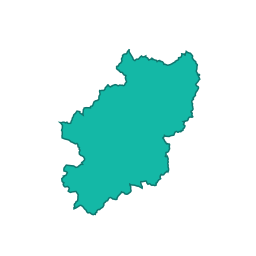 the district of Cho Don, Bắc Kạn, Vietnam, rotated 216°
{"feature_id": "81297802B41242908240864", "entity_name": "Cho Don", "entity_type": "district", "adm_level": 2, "iso_a3": "VNM", "parent_name": "Vietnam", "parent_adm1": "Bắc Kạn", "projection": "orthographic", "projection_center": [105.544, 22.187], "detail": "fine", "context": "isolated", "style": "filled", "palette": "teal", "viewbox_px": 256, "rotation_deg": 216, "n_neighbors": 0, "source": "geoboundaries", "source_scale": "gbopen_adm2", "svg_char_len": 5815}
<svg xmlns="http://www.w3.org/2000/svg" viewBox="0 0 256 256"><g transform="rotate(216 128 128)"><path d="M124.2,30.9L123.1,32.8L121.4,37.1L120.7,37.8L118.4,37.9L115.5,37.0L113.3,36.8L112.2,36.0L110.5,35.8L109.2,37.1L106.9,37.0L105.3,37.4L104.9,37.8L104.7,38.5L103.7,38.9L104.4,40.5L103.7,41.3L104.4,42.4L104.4,43.3L104.1,44.6L103.0,45.3L102.8,46.8L101.9,49.0L102.1,51.1L102.4,51.8L103.1,52.1L103.2,53.0L102.8,54.6L102.7,56.0L101.8,57.2L102.2,59.6L102.1,60.5L101.3,61.5L100.2,61.7L98.5,61.6L97.3,62.4L96.7,62.5L96.1,62.8L95.2,63.6L95.1,64.0L95.7,64.9L96.0,67.0L95.4,71.2L95.7,72.5L94.5,72.7L93.6,73.3L91.6,72.9L89.9,73.8L89.3,74.7L88.5,77.4L88.4,78.3L88.8,79.2L90.0,80.2L91.2,82.0L93.0,83.0L93.5,83.6L92.0,83.8L89.1,85.6L86.4,86.4L85.4,87.1L81.2,87.6L81.9,88.8L83.9,89.8L85.8,91.5L86.1,92.0L86.0,92.4L85.0,92.8L82.4,95.6L81.9,95.7L80.1,94.5L78.8,94.2L78.3,95.0L77.8,95.6L77.4,95.7L76.4,95.5L75.0,95.7L74.0,96.7L72.6,97.1L71.7,98.1L72.3,99.3L72.9,99.8L72.4,100.9L72.6,101.8L72.6,102.7L72.7,104.1L72.3,104.7L71.8,106.2L73.3,107.1L73.3,107.6L73.8,108.4L73.9,110.0L73.0,109.9L71.7,111.1L71.7,113.2L71.2,114.5L71.3,115.5L71.0,115.9L70.6,116.1L69.9,115.9L70.2,117.2L70.8,118.4L71.5,119.2L72.7,120.0L73.8,121.7L74.9,122.5L75.3,123.2L75.4,124.1L76.6,125.0L77.3,126.6L79.7,128.3L80.3,127.1L81.2,127.1L81.3,128.6L82.0,129.3L82.8,130.5L81.7,131.9L81.6,133.5L81.9,134.1L82.1,135.6L83.6,137.1L84.6,139.0L85.1,139.3L86.1,138.6L86.7,138.7L87.4,137.9L88.1,138.1L89.2,138.7L90.3,138.7L90.9,139.2L92.7,140.1L93.5,140.1L94.0,140.5L93.7,142.0L93.8,142.9L94.1,143.4L92.8,143.4L89.7,145.3L88.9,146.9L86.8,149.1L86.8,149.5L87.2,150.8L87.5,152.1L87.0,153.5L86.8,153.7L85.3,153.8L84.8,154.2L84.6,155.0L83.9,155.7L83.4,155.8L83.1,156.0L83.0,156.7L83.4,157.2L82.7,157.6L82.3,158.2L82.2,158.6L82.9,159.6L82.8,160.5L82.5,161.1L83.0,162.9L83.3,163.3L83.8,163.4L84.7,163.3L85.1,163.4L85.8,165.6L86.9,165.7L86.4,166.1L86.3,166.6L85.7,167.1L85.2,168.0L84.6,168.4L84.3,169.1L84.3,170.0L84.8,171.1L84.8,172.6L84.2,173.4L82.5,174.4L82.2,175.0L82.3,175.3L83.9,175.9L84.8,177.8L85.8,177.8L86.4,178.0L86.8,179.0L86.3,179.9L86.4,180.2L86.4,181.2L87.0,182.1L87.8,182.7L88.3,183.4L89.0,183.8L89.6,184.6L89.8,184.8L89.9,185.5L90.7,185.8L91.8,186.6L92.4,187.9L91.9,189.6L92.1,190.0L92.8,190.2L93.0,190.7L92.6,194.0L93.2,194.5L93.8,195.9L94.1,197.8L93.9,198.7L94.4,201.7L95.0,202.4L95.5,202.6L96.3,202.6L96.8,202.3L97.4,202.4L98.8,203.1L98.9,203.9L98.7,206.9L98.9,208.3L98.6,209.6L99.8,210.5L101.0,210.8L101.3,211.4L101.3,213.0L101.7,213.2L102.2,213.1L102.7,212.0L103.0,211.9L103.9,213.0L105.2,213.5L106.3,214.2L107.0,216.2L108.5,218.5L108.9,219.7L109.3,220.0L111.1,220.3L112.0,221.3L112.5,221.5L114.4,221.5L115.7,222.0L116.6,222.1L117.3,222.6L117.6,223.5L118.2,224.3L120.7,225.0L121.7,225.1L122.4,224.6L123.2,224.6L123.8,224.2L125.9,224.2L125.3,222.9L125.5,221.8L124.8,220.9L124.7,220.5L125.2,220.4L126.0,220.7L128.1,219.6L127.4,218.9L126.8,217.0L127.0,216.0L128.4,214.6L128.2,214.1L127.5,213.5L127.5,212.6L127.8,211.9L128.2,211.5L128.4,210.7L128.9,210.0L129.0,209.6L128.7,208.9L129.7,207.2L130.1,205.9L130.6,205.2L130.8,204.5L132.7,202.1L135.6,201.3L136.3,200.6L137.1,201.3L138.9,201.8L140.1,201.5L141.0,200.8L141.8,201.3L142.0,201.3L143.0,200.2L143.5,198.8L144.7,199.4L147.0,198.5L149.5,198.5L149.0,197.6L149.9,197.5L150.5,196.2L151.2,195.2L153.1,196.1L155.5,195.9L156.0,196.7L156.8,195.1L158.0,194.0L159.4,194.2L159.8,192.7L160.0,189.8L161.6,188.7L161.8,188.0L161.9,186.8L162.2,186.5L164.0,186.5L165.5,187.6L171.3,190.0L172.5,190.9L173.1,192.5L173.3,189.5L172.8,187.5L172.9,187.1L174.4,185.6L174.7,185.1L175.0,183.9L175.0,183.4L174.5,182.9L174.1,182.1L174.0,180.4L173.2,179.3L172.4,178.8L172.2,178.0L172.1,176.0L172.6,175.3L172.7,174.7L172.3,172.3L173.2,171.5L173.2,170.7L172.8,170.4L172.1,169.3L171.7,169.2L170.2,169.1L169.1,169.4L168.3,168.8L167.7,169.0L166.9,168.7L166.6,168.8L165.6,169.5L164.7,169.5L164.0,169.0L163.1,168.9L162.4,168.6L160.6,169.2L159.5,166.8L158.9,166.7L158.5,166.0L156.5,164.7L156.2,164.1L156.5,162.5L156.1,161.5L156.1,160.3L156.3,159.9L157.0,159.4L157.6,159.4L158.7,158.5L159.9,157.9L160.5,156.7L160.9,156.3L162.9,156.0L163.9,155.5L165.6,153.0L165.6,152.2L166.0,152.1L166.3,150.9L168.0,150.7L169.4,151.2L169.7,151.0L169.8,150.0L169.5,149.1L169.9,148.3L170.0,147.0L169.4,145.7L169.7,144.1L171.2,143.1L172.2,142.0L172.9,141.7L172.8,141.3L172.3,140.7L170.5,139.1L170.3,138.5L170.2,136.9L169.7,135.8L169.1,135.2L168.5,134.1L168.7,133.1L169.1,132.1L170.0,131.2L170.8,129.6L170.8,128.9L169.9,125.9L169.8,124.9L169.9,124.6L170.6,124.1L170.9,123.3L170.2,122.3L174.0,119.7L175.2,118.4L174.9,117.7L174.9,116.6L173.4,114.2L173.1,113.2L171.9,112.1L175.8,111.9L176.3,112.1L176.6,112.9L179.2,111.7L179.1,109.2L179.6,106.8L178.8,104.6L178.9,103.4L178.1,101.8L177.9,100.2L177.2,98.2L177.4,97.8L179.2,96.5L180.0,96.4L180.8,96.8L181.6,95.4L183.2,95.1L184.4,94.1L185.0,93.1L186.1,92.5L184.9,92.4L182.6,91.6L181.0,89.2L180.4,87.1L179.5,86.7L178.8,86.1L177.2,83.9L176.9,83.0L175.5,81.3L173.0,81.9L169.0,83.5L167.2,83.5L166.0,83.3L164.8,83.7L161.4,84.2L160.9,84.5L160.2,85.5L159.0,85.2L157.3,83.4L156.0,83.6L155.7,83.5L155.2,82.2L153.9,81.9L153.5,81.1L153.4,79.9L152.0,78.3L150.0,78.1L148.8,78.5L147.0,78.6L144.9,77.5L144.4,76.5L144.7,73.8L145.2,72.9L144.1,72.2L143.4,71.9L145.0,70.7L145.0,69.4L145.5,68.4L145.6,67.3L146.1,66.4L147.1,65.4L148.5,65.5L149.7,65.3L156.1,61.7L156.2,58.1L155.6,56.9L154.6,55.6L152.7,56.3L151.1,56.4L150.8,56.2L150.4,53.3L152.0,51.1L151.2,50.9L151.8,48.1L150.1,46.2L149.3,45.9L147.7,46.0L147.5,44.5L146.8,43.9L145.4,43.3L144.3,43.3L142.5,45.2L140.8,45.0L139.8,44.4L139.3,41.8L138.6,41.8L136.8,42.0L135.5,43.6L132.8,46.1L129.0,44.7L128.4,43.4L127.1,41.6L126.1,39.7L126.1,39.1L126.7,37.9L126.3,36.5L126.6,35.2L126.4,34.4L126.0,33.9L124.9,33.2L124.9,31.7L124.2,30.9Z" fill="#14b8a6" stroke="#0f766e" stroke-width="1.5"/></g></svg>